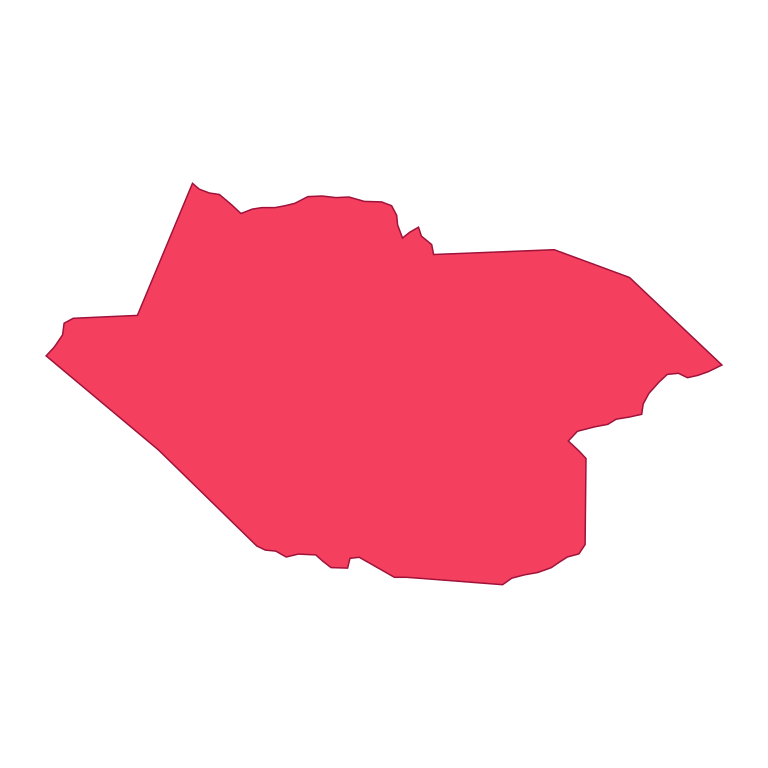 outline of Parari, Paraíba, Brazil
{"feature_id": "56859067B42878136321644", "entity_name": "Parari", "entity_type": "district", "adm_level": 2, "iso_a3": "BRA", "parent_name": "Brazil", "parent_adm1": "Paraíba", "projection": "orthographic", "projection_center": [-36.658, -7.327], "detail": "fine", "context": "isolated", "style": "filled", "palette": "rose", "viewbox_px": 768, "rotation_deg": 0, "n_neighbors": 0, "source": "geoboundaries", "source_scale": "gbopen_adm2", "svg_char_len": 1051}
<svg xmlns="http://www.w3.org/2000/svg" viewBox="0 0 768 768"><path d="M721.9,365.0L629.5,277.5L554.2,249.7L433.6,254.5L431.7,244.6L421.4,236.1L418.5,227.2L409.9,232.1L402.5,238.0L397.6,224.9L396.7,215.4L391.6,205.7L381.5,201.9L364.3,201.4L348.9,197.0L335.9,197.6L322.0,196.0L307.9,196.6L294.9,203.3L285.1,205.7L275.1,207.6L261.9,207.6L252.3,209.1L240.9,213.5L231.6,204.8L219.4,194.5L209.4,193.0L199.3,189.2L192.5,183.3L137.4,315.4L105.9,316.8L73.2,318.3L64.1,323.2L62.6,334.8L54.4,346.9L46.1,355.9L158.3,449.8L256.9,546.1L265.4,550.1L275.7,551.1L286.2,557.0L298.3,554.1L315.8,554.9L322.9,561.3L331.0,567.6L347.6,568.1L350.0,558.3L359.3,557.3L394.4,577.3L406.5,577.3L502.6,584.7L511.7,578.2L524.7,574.8L537.8,572.5L551.4,567.6L559.1,562.3L567.4,557.0L578.9,553.9L585.1,544.6L586.0,458.5L579.3,451.3L568.3,441.0L577.4,431.3L593.9,427.0L607.9,424.3L616.1,419.2L629.1,417.1L641.7,414.3L643.2,404.0L648.9,393.4L659.1,382.0L667.3,374.4L678.4,373.3L687.5,377.7L697.8,375.4L708.0,371.8L721.9,365.0Z" fill="#f43f5e" stroke="#9f1239" stroke-width="1.5"/></svg>